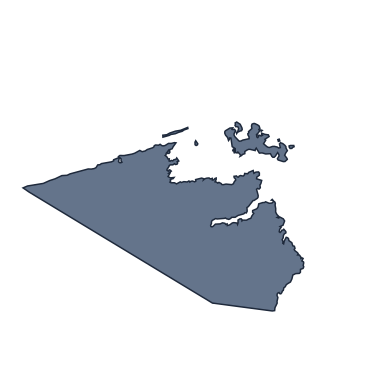 Lamu East, Coast, Kenya, rotated 217°
{"feature_id": "3690345B14280875758697", "entity_name": "Lamu East", "entity_type": "district", "adm_level": 2, "iso_a3": "KEN", "parent_name": "Kenya", "parent_adm1": "Coast", "projection": "natural_earth1", "projection_center": [41.091, -1.907], "detail": "fine", "context": "isolated", "style": "filled", "palette": "slate", "viewbox_px": 384, "rotation_deg": 217, "n_neighbors": 0, "source": "geoboundaries", "source_scale": "gbopen_adm2", "svg_char_len": 6109}
<svg xmlns="http://www.w3.org/2000/svg" viewBox="0 0 384 384"><g transform="rotate(217 192 192)"><path d="M54.6,147.0L56.1,149.5L57.1,154.5L58.2,155.7L59.9,159.4L61.9,160.6L62.6,161.8L62.6,163.0L62.0,164.1L60.9,163.6L59.8,164.1L59.7,165.6L60.2,167.2L59.9,168.4L61.0,170.8L60.5,172.5L60.9,174.3L60.6,175.9L59.2,179.4L59.9,182.7L61.5,186.4L60.1,189.2L57.3,191.6L57.1,193.1L58.8,195.5L57.3,197.8L57.7,199.5L59.0,200.3L60.1,202.6L60.9,203.3L62.8,203.1L63.3,205.8L64.5,205.6L65.1,204.5L65.8,205.5L68.3,206.3L69.8,205.3L69.9,206.5L71.1,207.0L74.7,207.1L75.8,207.6L75.8,209.0L77.6,210.3L79.1,209.7L81.8,211.6L85.3,211.5L87.0,212.9L88.2,213.0L89.5,212.5L88.8,208.3L87.6,205.7L88.7,205.7L89.3,207.0L91.3,208.2L91.6,210.3L92.8,212.2L93.1,214.1L92.4,215.9L93.3,216.9L96.3,217.5L96.4,216.3L97.2,215.7L97.0,214.3L97.3,212.7L98.4,212.7L99.5,214.9L99.6,217.5L100.9,217.4L99.3,220.2L100.6,224.6L102.9,225.5L106.7,224.9L107.1,223.4L108.7,222.9L107.9,224.7L110.6,225.1L113.1,226.3L115.2,229.2L117.7,231.5L118.7,233.2L120.1,233.9L121.2,233.5L121.5,231.3L122.8,230.1L123.7,229.4L127.3,228.5L127.9,227.1L129.0,226.3L131.6,222.7L130.3,220.1L130.1,218.7L130.2,217.5L132.4,213.7L131.5,212.4L129.8,212.1L129.8,209.1L129.2,206.3L130.2,205.1L131.6,202.2L134.4,200.2L134.7,199.0L135.6,200.0L136.6,200.2L137.7,199.2L138.4,197.3L136.7,195.2L136.1,193.5L137.4,194.3L140.2,192.7L141.2,191.5L142.1,188.5L143.6,186.4L144.8,187.7L145.6,186.4L146.9,186.8L149.1,185.7L150.3,183.5L154.0,180.4L154.5,177.2L155.1,176.2L156.1,175.8L157.1,176.6L157.5,178.6L158.4,179.7L158.8,181.3L157.2,184.9L155.7,185.6L150.4,190.3L149.6,191.4L148.4,191.4L146.1,192.3L145.2,194.1L145.1,195.6L142.3,197.8L141.1,201.0L137.5,205.7L137.3,207.3L136.0,208.0L136.4,209.9L138.8,212.7L138.2,214.2L138.1,221.9L137.3,222.7L136.0,226.4L136.1,227.6L137.1,229.1L142.1,233.0L141.8,234.3L140.2,234.7L140.0,236.5L142.0,238.5L142.0,240.0L143.3,243.2L148.4,241.4L149.2,242.9L148.3,245.9L149.6,247.7L150.9,248.1L152.9,246.4L153.8,244.2L156.1,246.0L158.5,241.8L158.5,240.1L161.1,238.5L160.5,237.3L160.5,235.9L161.6,235.0L163.0,234.5L163.9,233.2L163.8,231.9L164.8,231.3L166.1,231.6L167.9,229.8L166.9,228.8L165.4,228.7L164.3,227.9L164.4,225.6L163.9,223.5L164.7,221.8L169.6,218.8L171.5,216.6L172.7,215.9L173.8,216.3L176.3,215.9L176.8,214.6L178.5,214.6L179.7,214.0L180.3,216.7L181.1,217.7L181.8,216.6L182.0,214.7L183.0,213.8L184.0,215.1L185.3,213.4L186.8,213.5L188.5,212.0L189.6,210.5L190.1,208.6L190.5,209.7L192.7,208.9L196.6,204.1L195.5,203.2L195.9,201.8L198.3,201.0L199.3,199.9L199.7,198.6L201.1,199.0L201.9,197.1L204.7,195.4L206.2,193.2L207.5,193.0L209.2,189.2L211.6,188.8L214.2,186.8L215.6,186.6L215.6,187.9L216.7,188.6L216.2,190.0L215.1,191.3L215.1,192.8L217.7,190.3L220.4,189.9L220.9,193.7L221.8,193.1L221.1,196.2L222.4,196.4L223.6,196.0L223.3,194.6L224.9,194.2L225.6,195.1L225.7,198.4L226.1,199.5L225.6,200.7L223.6,202.2L223.0,204.1L221.8,204.0L220.7,205.1L220.9,206.6L222.1,207.2L221.2,208.8L224.7,210.0L224.5,208.4L225.9,206.9L226.1,205.3L227.6,204.7L228.1,203.3L229.0,203.0L230.1,204.8L231.0,204.0L233.4,205.0L235.4,205.0L235.2,206.2L235.9,207.4L235.8,208.9L234.6,208.2L233.6,209.0L233.5,210.2L234.5,211.4L235.8,210.3L235.9,211.6L233.9,214.5L234.3,216.8L234.4,221.6L235.7,220.9L237.8,218.3L240.0,216.7L241.5,212.9L242.4,211.8L243.7,210.9L246.2,210.9L246.9,209.2L249.3,207.7L250.0,206.4L249.6,205.0L250.0,203.7L253.3,199.0L254.1,196.6L256.1,194.2L258.7,193.8L261.1,188.5L262.7,186.2L268.1,180.3L271.5,177.8L272.1,176.0L271.2,175.4L270.0,176.0L268.6,175.8L267.2,174.0L265.9,173.7L266.4,172.5L267.7,171.8L269.0,172.1L270.2,174.7L271.3,175.1L274.0,170.6L273.3,169.8L274.4,167.7L281.5,160.1L281.9,158.5L283.6,156.9L283.3,153.7L284.2,151.9L286.2,149.7L288.8,147.9L300.3,133.1L301.8,130.2L305.8,126.8L309.3,120.1L312.6,115.4L315.9,109.4L327.0,97.8L329.4,93.6L322.0,93.9L108.8,115.6L56.3,145.3L54.6,147.0ZM181.6,250.1L180.4,249.9L179.4,250.4L179.4,251.5L175.5,250.8L175.1,249.4L174.4,250.9L174.2,252.5L172.9,254.4L174.2,256.2L173.2,258.8L172.5,260.1L171.3,261.0L166.5,263.1L167.0,264.0L167.1,265.7L161.6,263.6L159.6,265.4L156.1,266.7L152.4,269.8L149.7,268.5L148.3,268.4L147.3,269.2L147.0,270.8L147.3,275.0L145.2,274.2L144.2,273.1L143.8,269.9L142.5,269.4L137.4,271.2L136.1,272.3L135.5,275.4L136.3,276.0L140.1,277.1L140.7,279.9L140.7,282.4L143.3,283.6L144.4,284.8L146.1,285.2L148.7,285.3L151.0,284.6L151.1,283.0L148.2,280.6L149.2,279.3L151.0,279.2L153.7,278.0L155.1,276.9L156.8,274.3L158.1,273.5L159.5,273.3L163.9,273.6L164.3,277.7L165.5,278.0L163.8,282.7L165.4,283.6L168.5,281.9L171.7,280.9L171.2,279.9L169.8,279.6L170.6,278.3L172.2,278.0L173.2,277.1L172.2,276.3L172.2,275.0L173.4,275.0L175.1,276.8L174.7,277.9L174.7,280.7L175.1,281.8L176.3,282.2L176.0,283.6L178.1,285.1L180.0,285.1L183.2,284.4L184.2,283.6L184.9,282.2L184.2,280.5L182.4,278.7L183.2,274.3L182.3,273.5L182.5,272.1L181.6,271.2L179.7,270.4L178.5,268.9L182.7,264.0L183.5,262.3L184.7,261.1L185.8,261.1L191.1,262.0L192.6,262.7L193.4,263.7L194.2,267.3L195.9,267.6L196.7,266.6L197.7,266.1L198.0,267.8L200.2,265.9L202.2,260.9L202.0,259.7L201.1,258.6L199.4,257.6L196.3,256.9L193.8,255.1L193.8,256.5L194.5,257.8L193.4,258.5L187.2,252.4L183.6,252.7L181.6,250.1ZM234.3,241.0L238.2,234.5L241.9,230.6L245.3,225.6L246.6,222.6L249.5,219.8L248.2,218.3L244.2,223.6L243.5,225.2L240.4,228.5L238.6,231.6L236.4,234.5L235.6,236.9L233.4,240.2L234.3,241.0ZM191.6,267.0L190.3,269.6L189.3,270.8L189.6,272.3L190.9,273.4L194.3,275.1L198.4,274.8L199.1,273.1L198.1,272.3L197.8,271.1L196.3,270.5L195.4,271.3L194.3,271.6L192.9,270.7L191.6,267.0ZM138.7,290.4L141.4,288.4L142.2,287.2L141.2,286.2L139.8,285.8L138.5,286.9L138.4,288.3L137.7,289.6L138.7,290.4ZM219.6,233.6L218.0,231.6L216.7,231.6L216.0,232.9L216.4,234.0L219.9,235.2L219.6,233.6ZM155.0,285.5L153.5,284.4L152.6,285.6L154.2,286.7L155.0,285.5ZM184.8,250.9L184.3,249.5L183.3,249.7L183.8,251.4L184.5,251.5L184.8,250.9ZM181.6,250.1L182.5,250.0L182.3,249.0L181.8,248.7L181.4,249.3L181.6,250.1ZM123.7,233.3L122.2,234.1L123.5,234.4L123.7,233.3ZM174.2,283.0L173.3,282.1L173.0,283.4L174.2,283.0ZM191.6,267.0L192.5,266.5L191.5,265.6L191.6,267.0Z" fill="#64748b" stroke="#1e293b" stroke-width="1.5"/></g></svg>